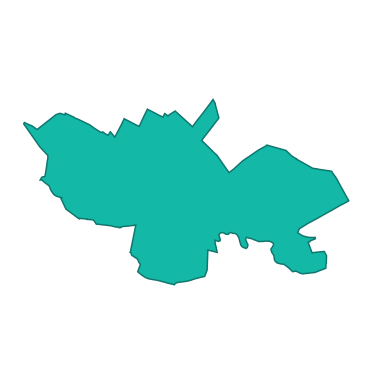 Rūjiena, Rujienas, Latvia, rotated 349°
{"feature_id": "27541924B56820774497213", "entity_name": "Rūjiena", "entity_type": "district", "adm_level": 2, "iso_a3": "LVA", "parent_name": "Latvia", "parent_adm1": "Rujienas", "projection": "mercator", "projection_center": [25.348, 57.894], "detail": "fine", "context": "isolated", "style": "filled", "palette": "teal", "viewbox_px": 384, "rotation_deg": 349, "n_neighbors": 0, "source": "geoboundaries", "source_scale": "gbopen_adm2", "svg_char_len": 5431}
<svg xmlns="http://www.w3.org/2000/svg" viewBox="0 0 384 384"><g transform="rotate(349 192 192)"><path d="M45.3,151.3L46.5,151.4L47.7,152.6L49.2,154.6L52.3,158.0L52.8,158.6L53.1,159.4L53.4,161.0L53.5,162.3L54.5,165.1L55.3,166.9L55.9,168.1L57.1,169.4L58.3,170.3L59.9,171.2L63.1,172.9L62.1,173.4L62.2,173.7L62.9,176.4L65.0,184.7L75.0,195.7L76.3,196.8L76.4,196.4L81.4,197.8L83.4,198.5L83.6,198.5L83.5,198.8L89.7,200.5L90.6,202.1L92.0,205.4L92.3,205.3L95.1,206.2L106.0,209.7L110.0,211.6L113.7,212.8L113.6,213.1L115.4,213.3L115.5,213.0L116.0,213.0L116.2,212.6L116.4,212.6L123.4,213.3L126.9,213.5L130.5,213.8L125.3,226.4L120.0,239.2L119.8,239.4L120.0,239.5L120.2,239.8L120.4,240.1L120.5,240.5L120.6,241.0L120.6,241.9L120.7,242.4L121.0,242.9L121.5,243.3L123.9,245.7L124.0,245.6L124.7,246.3L125.7,247.6L125.9,248.3L126.5,251.1L127.4,253.0L127.6,253.1L123.5,259.9L127.1,264.3L129.7,266.8L129.8,266.9L132.3,268.6L133.5,269.2L134.7,269.6L135.6,270.0L141.2,272.1L149.1,275.9L150.5,276.7L157.0,279.6L157.1,279.3L159.6,278.1L162.6,278.2L169.5,278.6L171.9,278.5L173.3,278.4L173.9,278.4L178.0,277.8L182.6,277.5L184.5,277.4L188.3,277.3L188.5,277.0L191.7,271.9L191.8,271.6L192.0,271.4L192.0,271.2L193.0,267.1L193.7,263.8L194.6,260.3L194.7,259.7L195.4,256.6L196.5,252.0L205.2,256.1L205.0,246.1L205.5,243.7L206.1,244.1L206.8,244.5L207.7,245.0L208.7,245.6L209.8,245.4L210.4,244.9L210.7,243.9L210.6,242.9L210.4,242.0L210.3,240.7L210.2,240.1L210.3,239.4L210.5,238.8L211.0,238.4L211.4,238.0L212.3,237.7L213.2,237.6L214.2,237.7L215.4,238.3L216.5,239.3L217.2,239.8L218.0,240.1L219.0,240.4L220.1,240.2L220.9,239.4L221.6,239.1L222.1,239.1L223.2,239.7L224.5,240.5L226.2,240.8L226.8,241.3L227.8,242.2L228.1,242.6L228.5,243.9L229.3,245.7L229.5,250.0L229.8,253.3L230.4,254.8L231.6,256.1L232.6,256.7L233.5,257.3L234.3,257.7L235.6,257.0L236.5,255.6L236.8,254.1L236.3,252.4L235.9,250.6L235.6,249.0L236.0,247.7L237.0,247.0L238.8,248.0L241.4,249.1L243.2,250.2L243.5,250.6L243.9,250.8L244.5,251.1L244.9,251.3L245.7,251.8L247.9,253.3L249.4,253.6L251.9,254.0L255.2,254.3L258.3,255.0L260.4,256.2L262.0,257.9L262.0,259.4L261.1,260.5L260.1,261.7L258.9,262.7L258.5,263.8L258.6,264.6L258.9,266.9L259.8,268.7L260.2,270.5L260.1,272.4L260.0,273.9L260.2,274.9L260.6,276.0L261.1,276.7L261.6,277.5L261.8,277.6L262.0,277.7L262.0,277.8L262.3,278.0L262.5,278.0L262.8,278.2L262.9,278.3L263.1,278.4L263.2,278.5L263.3,278.5L263.5,278.6L263.8,278.7L263.8,278.8L264.0,278.9L264.2,279.0L264.3,279.0L264.5,279.1L264.8,279.2L264.9,279.3L265.0,279.3L266.3,279.9L267.4,280.2L267.5,280.2L267.9,280.2L268.1,280.3L268.3,280.4L268.5,280.5L268.8,280.8L268.9,281.0L269.0,281.2L272.3,284.7L275.4,289.2L275.6,289.3L275.8,289.5L276.0,289.5L276.3,289.5L276.6,289.5L277.6,289.4L277.9,289.4L278.0,289.4L278.2,289.5L278.3,289.5L278.5,289.5L278.8,289.6L279.0,289.7L279.2,289.8L279.3,289.8L279.5,289.9L281.7,291.6L281.9,291.7L282.0,291.8L282.3,292.0L282.5,292.2L282.7,292.3L282.8,292.4L283.0,292.5L283.3,292.6L283.5,292.8L283.9,292.9L284.0,293.0L284.3,293.1L284.5,293.2L284.8,293.3L285.1,293.4L285.3,293.4L285.6,293.5L285.9,293.5L286.1,293.5L286.6,293.6L291.1,293.9L296.7,294.4L297.5,294.4L308.8,292.4L309.7,288.5L310.2,287.8L311.9,280.2L310.5,275.6L303.3,274.9L298.3,274.6L297.6,270.8L296.8,265.9L296.3,263.6L298.1,263.2L298.0,262.9L298.6,262.7L300.2,262.2L301.1,262.1L304.2,261.4L304.2,260.0L302.9,259.9L300.0,259.3L298.3,258.9L295.3,257.7L293.0,256.5L291.9,255.8L289.2,253.3L288.0,252.0L290.4,248.5L294.0,247.2L299.9,244.9L309.6,241.9L314.4,240.3L320.4,238.3L325.1,236.8L332.1,234.4L332.4,234.3L334.7,233.5L338.3,232.5L343.4,230.9L343.9,230.7L344.2,230.4L343.9,229.4L343.4,228.0L343.1,227.2L342.8,226.2L342.4,225.1L342.0,223.9L341.9,223.5L341.6,222.6L341.3,221.6L341.0,220.5L340.6,219.5L340.3,218.4L340.2,218.0L339.9,217.2L339.6,216.5L339.3,215.5L339.0,214.3L338.6,213.2L338.4,212.5L338.0,211.4L337.8,210.7L337.5,209.7L337.2,208.6L336.9,207.7L336.7,207.0L336.4,206.2L336.0,205.3L335.6,204.3L335.0,203.1L334.6,202.1L334.1,201.2L333.7,200.2L333.5,199.4L333.3,198.8L333.1,198.3L321.6,194.2L321.0,194.0L318.7,193.0L315.1,191.8L300.6,179.5L300.8,179.2L300.3,178.9L296.6,175.5L292.8,170.0L292.4,169.4L292.1,169.1L277.3,161.7L274.4,160.2L273.2,161.0L271.5,161.5L266.9,163.0L265.0,163.6L258.2,166.6L253.8,168.5L253.2,168.7L247.9,171.0L247.4,171.3L246.9,171.6L242.2,174.4L237.2,177.5L236.1,178.0L232.1,180.1L228.6,172.3L223.5,160.7L223.1,160.2L220.6,156.8L219.6,155.2L216.7,151.0L211.4,143.4L213.5,141.2L216.2,138.9L216.5,138.6L222.3,133.6L227.3,129.1L232.4,124.6L232.5,123.5L232.1,119.2L232.0,116.8L231.6,112.0L231.6,110.9L231.7,110.4L231.6,109.4L231.4,108.4L231.0,107.3L230.3,105.2L226.0,109.2L218.7,115.8L216.9,117.4L214.8,119.2L211.3,122.1L204.9,128.0L195.4,115.3L190.9,109.3L185.5,111.4L182.9,112.7L180.9,110.4L180.2,109.8L177.7,113.0L173.6,109.8L169.2,106.3L164.5,102.6L164.0,102.2L159.4,108.3L156.9,111.7L156.7,112.0L152.7,117.5L149.9,115.5L144.8,111.4L139.6,107.3L139.4,107.1L135.8,112.1L126.7,123.4L123.3,117.3L120.4,120.3L117.5,117.9L115.8,115.9L114.3,116.4L108.7,111.2L104.3,106.5L93.6,98.5L92.4,97.8L91.5,97.3L90.4,96.1L82.7,90.5L81.9,92.0L77.6,89.6L73.3,90.1L62.6,95.6L51.9,101.1L47.5,96.5L44.2,94.4L40.7,91.8L39.8,93.1L40.6,94.8L51.3,118.8L57.2,128.2L57.5,128.9L57.2,130.0L56.7,132.2L56.2,133.1L52.4,144.1L52.1,144.7L50.7,148.5L49.2,148.7L48.8,148.7L48.1,148.7L47.9,148.8L47.5,148.8L47.1,149.2L46.7,149.6L46.3,150.1L46.1,150.3L45.3,151.3Z" fill="#14b8a6" stroke="#0f766e" stroke-width="1.5"/></g></svg>